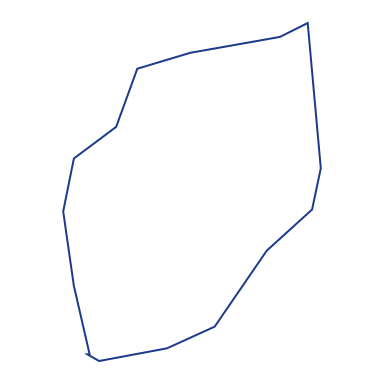 the district of Partille, Västra Götaland, Sweden
{"feature_id": "70781695B82968096890663", "entity_name": "Partille", "entity_type": "district", "adm_level": 2, "iso_a3": "SWE", "parent_name": "Sweden", "parent_adm1": "Västra Götaland", "projection": "orthographic", "projection_center": [12.147, 57.742], "detail": "fine", "context": "isolated", "style": "outline", "palette": "blue", "viewbox_px": 384, "rotation_deg": 0, "n_neighbors": 0, "source": "geoboundaries", "source_scale": "gbopen_adm2", "svg_char_len": 343}
<svg xmlns="http://www.w3.org/2000/svg" viewBox="0 0 384 384"><path d="M87.4,354.3L88.0,354.7L99.1,361.0L167.0,348.3L214.7,326.6L266.7,250.7L312.1,209.5L316.4,189.1L320.8,168.3L307.7,23.0L280.0,36.9L190.2,52.8L137.3,68.7L116.2,126.8L73.9,158.5L63.2,211.4L73.8,285.5L89.6,354.3L87.4,354.3Z" fill="none" stroke="#1e3a8a" stroke-width="2"/></svg>